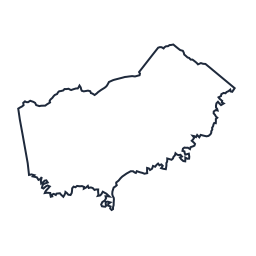 outline of Ibaiti, Paraná, Brazil, rotated 267°
{"feature_id": "56859067B34229173137225", "entity_name": "Ibaiti", "entity_type": "district", "adm_level": 2, "iso_a3": "BRA", "parent_name": "Brazil", "parent_adm1": "Paraná", "projection": "robinson", "projection_center": [-50.321, -23.79], "detail": "fine", "context": "isolated", "style": "outline", "palette": "slate", "viewbox_px": 256, "rotation_deg": 267, "n_neighbors": 0, "source": "geoboundaries", "source_scale": "gbopen_adm2", "svg_char_len": 3828}
<svg xmlns="http://www.w3.org/2000/svg" viewBox="0 0 256 256"><g transform="rotate(267 128 128)"><path d="M188.2,206.3L189.0,204.2L187.9,201.2L189.4,200.0L190.8,198.5L192.0,197.1L192.9,196.0L193.0,194.2L194.8,192.7L195.3,191.2L197.3,189.2L198.4,188.0L200.4,187.6L202.2,186.8L203.1,184.2L204.9,182.1L206.6,180.2L209.0,177.6L208.7,175.7L208.6,173.8L207.6,172.2L207.6,170.2L206.7,168.6L205.6,167.7L206.9,165.8L207.1,164.1L206.6,162.3L200.0,156.5L183.3,142.0L181.7,142.8L180.1,142.3L179.1,137.7L179.6,134.9L179.4,131.6L179.2,129.4L179.1,127.5L178.7,125.8L176.9,116.9L176.5,115.4L174.9,111.3L173.6,110.6L172.2,109.7L171.1,108.9L170.2,107.9L169.3,106.6L167.5,103.3L165.4,100.0L164.1,98.5L162.7,96.4L164.3,94.2L164.8,92.8L166.7,92.2L167.4,90.0L166.9,85.7L167.6,83.8L168.8,83.3L171.0,82.9L172.9,81.8L171.2,80.8L170.1,79.9L170.2,78.1L169.6,75.6L168.9,73.2L169.5,71.9L170.3,70.7L170.1,68.8L170.2,66.6L168.9,65.3L168.4,62.9L168.3,61.2L167.2,59.9L165.7,59.0L164.8,56.6L163.7,55.4L162.0,54.0L160.4,52.0L159.0,51.1L157.6,51.5L155.8,48.2L154.7,46.6L154.7,44.7L154.8,42.6L154.5,40.6L155.7,37.5L157.9,36.6L159.0,35.0L160.3,31.8L159.0,29.5L159.2,27.7L160.0,26.5L158.6,24.7L156.2,24.9L155.0,23.2L154.2,21.4L153.1,19.4L142.3,20.4L126.9,22.4L98.1,26.0L86.3,26.7L86.7,29.2L85.8,32.0L84.6,30.5L83.5,34.4L80.9,35.9L81.6,37.7L83.5,39.3L79.8,38.2L77.1,38.4L78.2,40.2L79.8,42.1L80.0,43.7L77.8,45.0L76.7,41.4L75.8,39.9L72.8,38.9L72.0,40.4L72.9,41.5L74.1,43.1L74.8,44.7L73.7,46.8L71.6,44.8L69.8,42.9L68.7,42.1L67.4,41.5L67.6,43.6L67.2,46.9L65.8,46.9L63.4,47.3L63.7,48.8L65.3,48.3L66.1,50.4L64.9,52.4L66.2,53.2L66.4,56.6L65.1,57.5L62.7,59.8L64.1,60.8L66.1,61.9L67.4,62.2L66.2,63.6L64.5,64.9L64.1,67.1L66.1,68.4L68.1,68.8L70.7,69.1L72.3,70.6L71.6,72.4L72.8,74.1L72.3,76.9L72.4,79.0L71.5,81.0L69.7,80.7L70.7,82.9L72.3,84.9L70.2,85.6L70.6,87.8L69.9,89.6L67.9,91.3L68.3,92.9L68.2,95.0L65.9,94.8L64.3,94.9L63.0,95.0L61.8,94.3L62.1,96.6L63.1,97.8L65.7,99.5L64.5,101.4L63.5,103.0L60.6,105.8L60.9,104.2L61.0,102.0L59.0,102.4L56.8,101.0L55.4,98.5L53.0,97.2L51.2,97.9L50.8,99.7L50.6,101.2L51.6,102.2L53.1,101.8L55.3,101.8L55.5,103.9L54.6,106.5L53.2,104.2L51.5,104.2L50.5,106.5L48.6,106.0L47.0,107.3L47.8,108.8L49.7,108.9L51.7,109.6L54.1,109.8L57.7,110.2L59.0,110.1L60.9,109.2L62.8,108.8L65.3,109.1L67.5,109.9L69.3,110.6L70.3,112.4L71.5,113.8L72.8,113.3L74.2,113.4L75.9,115.8L78.2,117.9L79.8,119.7L81.1,121.8L82.6,124.2L84.7,128.5L84.5,130.9L83.3,132.2L82.7,133.5L84.4,134.5L83.1,137.8L82.4,140.1L81.5,142.0L81.9,144.8L84.3,144.8L87.1,145.0L86.5,146.8L84.9,147.8L86.1,149.9L88.8,151.0L87.9,153.1L89.7,154.6L90.9,156.2L89.1,157.4L89.9,159.4L88.4,160.7L86.2,159.0L85.4,161.2L84.9,163.6L86.7,164.0L88.6,164.4L91.0,164.5L92.3,165.3L93.7,165.5L95.5,165.6L95.0,167.1L94.0,169.8L95.2,171.3L96.9,172.0L98.2,173.4L100.3,174.1L99.0,175.4L98.3,176.8L98.5,179.0L96.7,180.4L95.9,178.3L94.1,179.4L92.1,181.5L91.7,183.4L93.4,183.6L95.5,183.7L94.2,185.7L94.2,187.4L96.1,187.7L99.2,187.4L98.4,183.8L100.1,183.3L101.7,183.1L102.3,181.2L104.5,181.8L105.5,183.3L105.2,184.9L105.2,186.7L103.7,188.8L105.6,189.5L106.3,192.0L106.9,193.4L108.6,194.1L110.1,192.9L111.9,191.0L113.2,192.4L114.8,193.6L116.8,192.2L116.3,194.1L115.4,195.5L117.4,196.7L115.0,198.7L117.3,200.2L116.3,203.4L115.6,206.0L115.9,208.0L117.4,210.0L118.9,210.9L120.4,211.0L122.1,212.1L123.8,212.0L125.4,213.1L127.2,213.6L128.5,214.4L128.2,215.9L130.0,216.1L132.4,216.2L133.6,217.7L134.7,216.5L136.7,215.5L138.1,214.3L140.0,214.5L141.3,216.5L140.8,218.4L142.5,218.0L143.8,217.0L145.6,217.0L148.0,217.6L149.5,219.2L147.6,220.6L146.0,222.1L147.5,224.9L148.7,223.0L150.1,223.5L151.1,222.4L152.5,220.9L153.9,220.0L155.0,222.5L156.9,223.0L158.0,225.3L157.6,227.2L158.7,228.2L159.6,230.4L160.9,232.1L159.1,232.5L158.7,234.0L159.9,234.9L162.2,236.6L187.9,208.7L188.2,206.3Z" fill="none" stroke="#1e293b" stroke-width="2"/></g></svg>